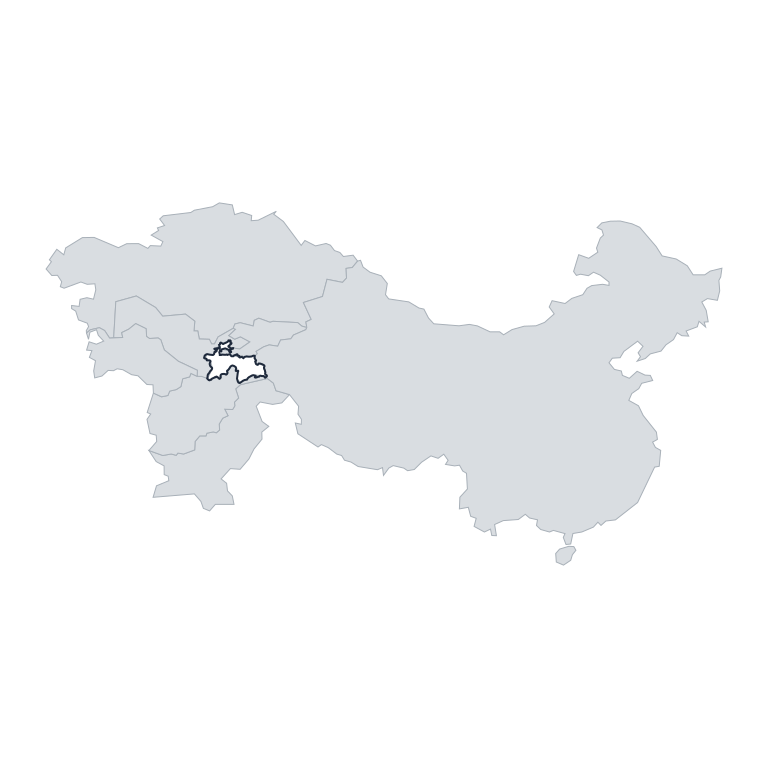 Tajikistan highlighted, Robinson projection
{"feature_id": "TJK", "entity_name": "Tajikistan", "entity_type": "country or territory", "adm_level": 0, "iso_a3": "TJK", "parent_name": "Asia", "parent_adm1": "", "projection": "robinson", "projection_center": [70.744, 38.86], "detail": "fine", "context": "with_neighbors", "style": "outline", "palette": "slate", "viewbox_px": 768, "rotation_deg": 0, "n_neighbors": 7, "source": "natural_earth", "source_scale": "50m", "svg_char_len": 11605}
<svg xmlns="http://www.w3.org/2000/svg" viewBox="0 0 768 768"><path d="M357.6,261.1L352.3,267.5L346.1,268.4L346.5,278.1L342.5,282.4L327.0,279.3L322.5,296.5L303.4,302.5L311.2,319.4L305.9,321.9L306.8,327.5L301.8,326.1L297.7,322.6L272.9,321.3L270.1,322.3L258.8,318.2L254.3,320.3L253.2,326.0L240.1,322.7L234.9,324.0L233.2,328.3L218.1,336.9L214.5,343.9L211.6,343.9L209.4,339.3L199.3,339.0L197.8,331.0L194.0,330.9L194.8,321.2L185.5,314.1L162.7,316.2L155.6,307.5L136.3,296.0L115.8,301.7L113.7,337.6L109.6,338.1L104.6,330.5L99.4,327.7L90.3,329.8L86.5,333.0L86.3,330.6L88.6,326.6L87.3,323.2L78.5,319.9L75.7,311.1L71.6,308.6L71.6,305.5L79.1,306.4L80.1,299.3L86.9,297.7L93.5,299.2L95.8,289.8L94.9,283.8L87.2,284.3L80.9,282.0L64.1,288.2L60.3,286.7L61.7,281.7L57.5,275.3L51.8,275.5L46.1,269.0L51.4,261.7L49.4,259.8L56.8,249.3L63.8,254.8L65.7,247.9L82.4,237.6L94.1,237.4L118.4,247.7L126.7,243.7L138.6,243.6L147.9,248.4L150.3,245.6L160.8,246.1L162.9,241.6L151.2,235.1L158.6,230.5L157.4,227.9L164.6,225.5L159.7,219.0L163.2,215.8L190.8,212.5L194.4,210.2L212.7,206.7L219.3,202.9L232.3,204.9L234.6,214.6L242.2,212.3L251.7,215.5L251.2,220.7L258.2,220.2L276.3,211.3L273.7,214.2L283.4,221.5L301.2,245.4L304.9,240.5L315.5,245.9L326.1,243.5L330.4,245.2L334.5,250.6L339.9,252.5L343.4,256.5L353.1,255.2L357.6,261.1Z" fill="#d9dde1" stroke="#a8b0b8" stroke-width="1"/><path d="M113.7,337.6L115.8,301.7L136.3,296.0L155.6,307.5L162.7,316.2L185.5,314.1L194.8,321.2L194.0,330.9L197.8,331.0L199.3,339.0L209.4,339.3L211.6,343.9L214.5,343.9L218.1,336.9L233.2,328.3L235.5,329.3L228.8,335.6L234.7,339.2L240.4,336.8L249.9,341.9L239.7,349.0L230.3,348.3L229.1,345.5L230.8,341.0L220.1,343.3L213.7,355.0L207.0,354.5L204.8,358.8L210.7,361.2L212.4,368.5L207.7,378.4L197.1,376.3L197.4,370.3L178.4,361.3L164.3,349.9L160.8,339.8L158.2,338.0L149.5,338.5L146.6,336.5L146.1,328.7L135.7,323.6L128.7,329.2L121.7,332.6L122.7,337.5L113.7,337.6Z" fill="#d9dde1" stroke="#a8b0b8" stroke-width="1"/><path d="M289.5,394.6L281.8,402.9L272.6,404.4L260.1,402.0L256.2,406.2L262.1,421.5L268.8,426.4L261.8,432.1L262.0,439.1L254.0,449.0L248.9,459.0L240.1,469.3L230.4,468.6L221.1,478.9L226.6,483.3L227.5,490.9L232.3,495.9L234.0,504.4L215.3,504.4L209.6,510.9L203.4,508.4L200.9,501.4L194.4,493.9L153.1,497.3L156.5,485.8L168.8,480.7L168.2,476.2L164.2,474.6L164.1,465.9L156.2,461.6L148.9,450.5L162.8,455.5L171.2,454.0L176.2,455.3L177.9,453.1L183.7,454.0L194.7,449.9L195.1,441.5L199.8,435.9L206.0,435.9L206.9,433.2L213.3,431.9L216.3,432.8L219.6,430.0L219.2,424.1L222.7,418.2L228.0,415.7L224.7,409.2L232.6,409.5L234.8,405.9L234.5,402.1L238.6,398.0L235.7,388.9L240.4,384.7L267.3,378.5L273.4,383.1L276.0,390.7L289.5,394.6Z" fill="#d9dde1" stroke="#a8b0b8" stroke-width="1"/><path d="M197.1,376.3L201.6,376.4L210.2,379.6L216.1,376.5L218.8,378.4L221.5,373.9L226.3,374.1L228.5,368.7L231.9,365.3L236.3,367.5L235.4,370.5L237.9,371.0L237.2,379.2L240.4,382.4L246.8,379.4L251.8,375.0L265.8,375.7L267.3,378.5L240.4,384.7L235.7,388.9L238.6,398.0L234.5,402.1L234.8,405.9L232.6,409.5L224.7,409.2L228.0,415.7L222.7,418.2L219.2,424.1L219.6,430.0L216.3,432.8L213.3,431.9L206.9,433.2L206.0,435.9L199.8,435.9L195.1,441.5L194.7,449.9L183.7,454.0L177.9,453.1L176.2,455.3L171.2,454.0L162.8,455.5L148.9,450.5L156.7,441.5L156.2,435.2L150.0,433.5L147.0,419.4L150.7,414.0L147.2,412.5L153.4,393.1L161.6,396.8L167.9,395.5L169.7,391.1L176.2,389.6L180.9,386.6L182.7,378.8L189.6,376.9L190.9,373.4L197.1,376.3Z" fill="#d9dde1" stroke="#a8b0b8" stroke-width="1"/><path d="M233.2,328.3L234.9,324.0L240.1,322.7L253.2,326.0L254.3,320.3L258.8,318.2L270.1,322.3L272.9,321.3L297.7,322.6L301.8,326.1L306.8,327.5L305.8,329.7L293.5,335.0L290.8,338.8L280.6,340.0L277.7,346.2L269.2,344.9L263.7,346.8L256.1,351.4L257.3,353.7L255.0,356.0L239.8,357.5L229.9,354.3L221.1,355.0L221.9,349.4L230.7,351.0L233.6,348.0L239.7,349.0L249.9,341.9L240.4,336.8L234.7,339.2L228.8,335.6L235.5,329.3L233.2,328.3Z" fill="#d9dde1" stroke="#a8b0b8" stroke-width="1"/><path d="M86.5,333.0L90.3,329.8L99.4,327.7L104.6,330.5L109.6,338.1L122.7,337.5L121.7,332.6L128.7,329.2L135.7,323.6L146.1,328.7L146.6,336.5L149.5,338.5L158.2,338.0L160.8,339.8L164.3,349.9L178.4,361.3L197.4,370.3L197.1,376.3L190.9,373.4L189.6,376.9L182.7,378.8L180.9,386.6L176.2,389.6L169.7,391.1L167.9,395.5L161.6,396.8L153.4,393.1L153.0,384.8L146.9,384.5L138.0,375.8L131.6,374.7L122.8,369.7L117.1,368.8L113.5,370.7L108.1,370.4L102.0,376.0L94.7,377.9L93.7,370.9L95.5,360.7L89.4,357.4L91.9,350.6L86.6,350.1L89.1,341.8L96.4,344.2L103.7,341.1L98.3,335.3L96.5,329.7L89.9,332.2L88.5,339.3L86.5,333.0Z" fill="#d9dde1" stroke="#a8b0b8" stroke-width="1"/><path d="M563.5,565.1L556.3,562.0L555.7,553.5L559.6,549.1L568.8,546.3L573.8,546.6L575.9,550.3L572.4,554.7L570.7,560.3L563.5,565.1ZM306.8,327.5L305.9,321.9L311.2,319.4L303.4,302.5L322.5,296.5L327.0,279.3L342.5,282.4L346.5,278.1L346.1,268.4L352.3,267.5L357.6,261.1L360.5,260.3L363.1,267.1L370.0,272.2L381.3,275.8L387.3,283.5L385.5,294.7L388.7,298.9L408.8,301.9L418.9,308.0L423.9,309.1L428.5,318.0L433.8,323.8L459.0,325.8L469.4,324.4L477.4,325.9L490.0,331.8L499.6,331.8L503.6,334.8L512.0,329.6L524.2,326.2L536.0,325.8L544.6,322.4L554.2,313.9L549.2,307.0L552.1,300.7L565.1,303.5L571.8,298.4L582.8,294.7L587.0,288.3L591.7,285.6L602.6,284.3L609.0,285.4L609.0,282.0L600.3,275.2L593.5,272.2L588.4,275.7L580.5,274.2L576.4,275.4L573.6,271.5L578.7,254.7L588.7,258.3L597.8,252.2L596.5,248.1L600.3,238.1L603.5,235.1L601.9,229.9L597.1,227.6L601.8,222.9L610.4,221.2L620.1,221.0L632.0,223.8L639.7,227.3L656.2,246.6L662.1,255.9L676.2,259.0L687.3,265.8L693.1,274.8L704.8,274.8L710.2,271.1L721.9,268.2L720.7,276.9L718.9,280.4L719.7,290.9L717.4,300.3L707.4,298.6L701.8,302.0L706.2,310.3L708.2,321.8L704.2,322.1L705.6,327.0L699.0,321.3L697.3,326.8L686.1,331.0L688.7,336.1L681.8,335.7L677.2,332.7L673.5,339.6L666.0,344.8L661.0,351.1L650.3,353.9L645.3,358.5L637.1,361.2L640.5,356.7L638.1,352.8L643.0,346.3L637.6,341.2L623.9,351.4L620.1,357.7L612.3,358.2L609.0,362.8L614.4,369.4L621.3,371.0L622.4,375.4L629.3,378.3L637.1,371.3L645.0,375.1L650.3,375.4L652.7,380.5L641.7,383.3L638.8,388.6L631.8,393.5L628.8,400.4L638.5,405.8L643.2,415.5L656.4,432.1L657.4,439.4L652.6,442.1L655.4,447.4L660.7,450.4L659.2,466.3L654.6,467.1L637.6,502.5L615.4,519.9L605.9,521.0L601.0,525.4L597.9,522.2L593.4,527.1L581.8,532.0L572.9,533.5L570.7,544.0L566.0,544.5L563.3,537.4L565.0,533.6L553.4,530.4L549.5,532.0L540.7,529.5L536.5,525.5L537.5,519.8L529.6,518.0L525.3,514.3L518.3,519.5L503.3,520.6L494.6,524.5L496.4,535.7L491.8,535.5L490.5,529.1L484.4,532.0L474.1,526.4L476.2,518.3L470.7,516.3L468.3,507.3L459.4,508.9L459.9,497.2L467.4,489.0L466.5,473.3L462.7,471.0L459.5,465.2L454.6,465.9L445.5,464.4L448.1,460.3L443.8,454.2L438.1,458.3L430.9,455.9L421.6,462.2L414.3,469.5L407.6,470.7L403.8,468.1L393.2,465.6L388.8,468.1L383.5,475.4L382.5,467.6L377.5,469.7L358.1,466.5L351.1,462.1L344.5,460.2L341.6,455.5L336.8,454.1L328.2,447.6L321.4,444.6L318.0,447.0L297.9,433.8L295.3,423.0L301.3,424.3L301.4,419.3L298.0,414.2L298.6,406.2L289.5,394.6L276.0,390.7L273.4,383.1L267.3,378.5L265.8,375.7L264.7,366.3L259.8,364.1L257.2,365.1L255.0,356.0L257.3,353.7L256.1,351.4L263.7,346.8L269.2,344.9L277.7,346.2L280.6,340.0L290.8,338.8L293.5,335.0L305.8,329.7L306.8,327.5Z" fill="#d9dde1" stroke="#a8b0b8" stroke-width="1"/><path d="M207.2,378.2L207.5,377.4L207.7,375.1L208.1,374.2L209.3,372.8L209.9,371.6L210.6,370.7L211.1,370.4L211.6,369.7L212.0,368.9L212.1,368.4L212.1,368.0L211.9,367.7L211.3,367.1L210.4,366.3L210.0,365.4L209.7,364.2L209.7,363.5L210.5,361.3L210.4,360.9L210.1,360.6L209.7,360.4L209.0,360.3L208.3,360.4L207.4,360.4L206.8,360.3L206.7,360.1L206.6,359.1L206.5,358.9L206.2,358.7L204.5,358.3L204.2,358.1L204.1,357.8L204.7,355.6L205.0,355.5L205.3,355.1L205.7,354.7L207.1,354.1L208.6,354.4L210.0,354.7L211.3,354.8L211.8,354.9L212.6,355.0L213.1,354.9L213.4,354.7L214.1,354.0L214.3,352.9L214.5,352.0L214.9,351.9L215.3,352.0L215.5,351.8L215.6,351.5L215.6,351.3L215.8,351.3L216.1,351.5L216.4,351.3L216.3,351.1L216.0,350.8L215.7,350.3L215.8,350.1L215.9,349.9L216.7,349.7L217.1,349.7L217.2,349.2L216.9,349.1L215.7,349.1L214.6,349.1L214.4,348.9L214.5,348.8L214.7,348.6L217.1,348.2L218.3,348.3L219.3,348.6L219.7,348.5L219.2,347.6L219.8,347.5L219.9,347.2L219.1,344.9L219.6,344.7L220.0,344.2L220.0,343.3L220.3,342.9L220.8,342.6L221.5,342.9L222.5,343.8L222.8,343.9L223.2,344.0L223.7,343.7L225.5,342.9L226.6,342.4L227.8,341.7L228.0,341.4L228.5,340.4L229.0,340.4L230.1,341.5L230.7,342.2L230.7,342.4L230.6,342.6L230.6,342.8L231.5,343.2L231.5,343.3L231.3,343.7L231.2,343.9L229.9,344.9L228.5,346.0L228.4,346.4L228.4,346.6L228.7,346.9L229.2,347.0L229.7,347.2L230.0,347.8L230.3,348.3L230.7,348.4L232.7,348.1L233.1,348.1L233.0,348.6L231.4,349.1L230.6,349.6L230.5,350.4L230.3,350.6L229.9,350.8L229.6,350.9L229.1,349.9L228.5,349.7L227.7,349.4L226.0,348.7L225.2,348.4L223.6,348.8L221.7,349.4L221.4,349.8L221.2,350.2L221.2,350.5L221.3,350.9L221.3,351.2L220.9,351.3L220.4,350.9L219.9,350.7L219.7,351.2L219.4,352.1L219.3,352.7L219.7,353.7L219.8,355.0L220.6,355.0L221.1,355.0L222.2,354.6L222.8,354.6L223.6,354.7L225.1,354.8L226.3,354.7L226.5,354.7L226.8,354.5L227.1,354.6L227.4,354.9L228.6,354.5L229.5,354.4L230.0,354.5L230.3,354.7L230.9,355.6L231.3,356.1L231.9,356.3L233.5,356.2L234.0,355.4L234.4,355.2L235.1,355.1L235.7,354.9L236.1,354.6L236.7,354.3L237.3,354.3L237.5,354.5L237.6,354.8L237.6,355.1L237.5,355.5L237.9,355.8L238.9,355.8L239.4,356.0L239.4,356.5L239.3,357.2L239.8,357.5L240.0,357.5L241.5,356.8L241.9,356.7L242.2,357.2L242.7,357.6L243.4,358.2L243.6,358.1L243.8,357.5L244.4,356.9L245.5,356.7L246.1,356.5L246.7,356.4L248.6,356.7L249.2,356.7L250.5,356.6L251.5,356.5L252.3,356.2L252.7,355.9L253.4,355.7L254.2,355.7L254.7,355.8L254.7,356.3L254.6,357.3L254.5,358.0L255.2,359.2L255.6,359.8L256.0,360.2L256.1,360.5L256.0,360.8L255.5,361.0L255.3,361.3L255.2,361.6L255.4,362.0L255.7,363.2L256.1,364.1L256.7,364.5L257.5,364.8L257.9,364.7L258.2,364.1L258.8,363.5L259.2,363.6L259.9,363.5L261.9,364.1L263.7,365.0L264.3,365.5L264.5,366.1L264.0,367.3L264.0,368.1L264.2,369.0L264.6,369.7L265.0,370.8L265.1,371.7L265.3,371.9L265.4,372.3L265.2,373.1L265.1,373.9L265.3,374.2L265.8,374.6L266.8,375.4L266.9,376.1L266.6,376.5L266.1,377.0L265.3,377.4L265.1,377.6L264.6,377.0L263.8,376.3L263.2,376.0L262.1,376.1L261.5,376.0L260.7,375.7L260.0,375.8L259.5,376.2L259.2,376.6L258.5,376.7L257.5,377.1L255.8,377.6L255.1,377.5L254.9,377.3L255.0,377.0L255.6,376.6L255.7,376.2L255.6,375.7L255.1,375.6L254.9,375.6L254.6,375.5L253.6,375.2L252.8,375.3L251.5,375.8L248.9,377.2L247.8,378.2L247.0,379.6L244.6,380.0L242.9,380.8L241.2,382.1L240.0,382.9L239.5,383.0L238.9,382.8L238.4,382.5L237.8,381.4L237.3,379.7L237.0,378.6L237.2,377.2L237.4,375.6L237.6,373.9L237.9,372.0L238.2,371.4L238.2,370.9L238.0,370.7L237.4,370.7L236.7,370.9L236.1,371.0L235.8,370.8L235.8,369.9L236.2,368.4L235.6,367.0L233.9,365.9L232.5,365.5L231.4,365.9L230.4,366.7L229.6,368.1L228.8,369.3L227.9,370.2L227.3,370.6L227.1,370.8L227.0,371.1L227.5,372.3L227.4,373.3L226.9,374.1L226.4,374.5L225.8,374.5L225.3,374.3L224.9,374.0L223.9,373.9L222.4,374.0L221.3,374.4L220.7,375.1L220.5,375.9L220.8,377.0L220.6,377.8L220.1,378.4L219.7,378.7L219.4,378.8L218.7,378.3L217.7,377.2L216.9,376.7L216.5,376.6L216.3,376.6L216.1,376.7L215.9,376.9L215.8,377.2L215.5,377.3L215.0,377.2L214.6,377.3L214.3,377.6L213.6,378.0L212.3,378.5L211.6,379.0L211.4,379.5L211.2,379.7L210.8,379.6L209.7,380.3L208.8,380.1L207.8,379.2L207.2,378.5L207.2,378.2ZM231.1,352.1L230.4,352.5L229.9,352.4L229.6,352.1L229.4,351.7L230.0,351.7L230.8,351.8L231.1,351.9L231.1,352.1ZM230.7,341.3L230.0,340.8L229.9,340.5L230.1,340.4L230.4,340.6L230.7,341.0L230.7,341.3Z" fill="none" stroke="#1e293b" stroke-width="2"/></svg>